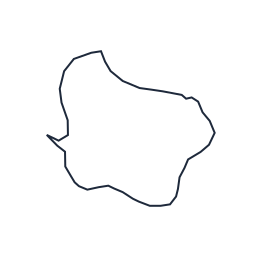 Kosan, Kangwŏn-do, North Korea (Robinson projection), rotated 329°
{"feature_id": "82179303B69390699872040", "entity_name": "Kosan", "entity_type": "district", "adm_level": 2, "iso_a3": "PRK", "parent_name": "North Korea", "parent_adm1": "Kangwŏn-do", "projection": "robinson", "projection_center": [127.417, 38.897], "detail": "fine", "context": "isolated", "style": "outline", "palette": "slate", "viewbox_px": 256, "rotation_deg": 329, "n_neighbors": 0, "source": "geoboundaries", "source_scale": "gbopen_adm2", "svg_char_len": 709}
<svg xmlns="http://www.w3.org/2000/svg" viewBox="0 0 256 256"><g transform="rotate(329 128 128)"><path d="M54.8,92.1L58.3,106.8L61.8,115.9L54.4,128.7L54.3,139.7L54.3,147.1L56.0,152.6L61.4,159.9L72.3,163.6L81.4,167.3L85.0,172.8L90.4,180.2L95.8,191.2L99.4,196.7L106.6,205.9L115.7,211.4L124.7,215.1L126.2,214.5L133.9,211.5L139.4,206.0L146.8,196.8L155.9,191.3L163.3,185.9L177.9,185.9L188.8,184.1L199.8,176.8L201.7,164.0L200.0,153.0L201.7,141.5L198.3,134.6L192.9,132.8L191.1,127.3L176.6,114.4L167.6,107.0L158.5,99.7L147.7,85.0L142.4,70.3L142.5,59.3L144.4,48.3L135.3,44.6L117.2,40.9L102.5,46.4L89.7,59.2L84.1,72.0L80.3,90.3L72.9,103.1L62.0,103.1L54.8,92.1Z" fill="none" stroke="#1e293b" stroke-width="2"/></g></svg>